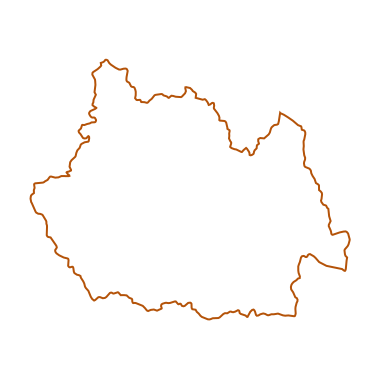 Ha Quang, Cao Bằng, Vietnam (Robinson projection), rotated 184°
{"feature_id": "81297802B58374178577075", "entity_name": "Ha Quang", "entity_type": "district", "adm_level": 2, "iso_a3": "VNM", "parent_name": "Vietnam", "parent_adm1": "Cao Bằng", "projection": "robinson", "projection_center": [106.12, 22.894], "detail": "fine", "context": "isolated", "style": "outline", "palette": "amber", "viewbox_px": 384, "rotation_deg": 184, "n_neighbors": 0, "source": "geoboundaries", "source_scale": "gbopen_adm2", "svg_char_len": 5926}
<svg xmlns="http://www.w3.org/2000/svg" viewBox="0 0 384 384"><g transform="rotate(184 192 192)"><path d="M351.7,170.7L351.0,169.7L346.7,161.5L346.0,160.6L343.9,159.6L342.0,159.6L340.2,159.1L339.4,158.6L335.6,153.2L335.2,152.2L335.0,150.1L334.4,148.7L334.2,147.1L333.9,138.8L333.2,137.6L332.3,137.1L329.9,136.8L323.6,128.9L323.0,127.4L323.4,126.2L324.3,124.9L324.4,123.8L324.1,122.8L323.0,121.4L320.1,119.6L315.4,117.7L311.4,117.0L310.8,116.6L310.4,115.4L310.4,109.7L309.6,108.7L308.6,108.3L306.3,109.1L305.7,109.0L305.1,108.0L304.3,104.2L303.6,102.9L301.1,101.5L298.8,101.1L297.4,100.4L296.9,98.8L294.2,95.2L293.1,93.2L292.1,90.1L291.1,88.7L288.5,86.2L285.7,80.5L284.1,78.3L282.1,76.9L281.0,77.5L278.2,80.4L277.4,80.7L276.4,80.7L273.5,79.8L271.4,80.3L270.1,81.3L266.9,85.5L266.1,85.9L265.2,86.0L263.5,85.2L262.8,85.3L259.0,86.8L258.4,86.6L255.9,84.1L252.7,84.4L250.0,84.3L247.3,82.1L244.7,81.3L244.2,80.7L243.9,78.5L243.3,77.3L242.5,77.1L241.3,77.4L240.0,77.2L233.2,75.0L230.8,72.9L228.8,70.7L227.5,70.2L224.9,71.5L221.9,72.1L218.6,71.2L214.3,73.5L214.1,74.0L214.9,76.0L214.8,77.1L214.5,77.8L213.6,78.5L211.3,79.4L210.2,79.7L207.9,79.5L206.1,79.8L201.6,81.6L200.6,81.7L198.0,79.2L197.4,79.1L196.1,79.8L195.3,79.5L194.2,77.8L192.7,77.4L191.4,77.8L188.1,81.1L186.1,81.5L185.2,81.1L184.7,80.4L184.3,76.4L183.5,75.1L180.2,74.8L178.9,72.8L176.8,71.2L175.0,69.2L173.5,68.1L167.3,66.1L165.7,66.1L164.5,66.5L162.5,67.5L157.0,68.1L155.7,68.8L152.2,72.5L150.7,73.4L148.3,73.5L145.8,75.3L144.7,75.4L143.6,75.0L142.3,75.0L140.5,75.7L137.9,77.3L137.1,77.1L136.6,76.7L136.0,74.6L134.9,73.8L129.9,72.5L128.5,71.3L127.9,71.3L125.5,76.6L123.7,78.6L122.4,79.0L121.6,78.4L120.8,77.1L119.6,73.9L118.7,73.1L117.1,73.5L115.3,74.8L112.5,75.8L110.6,75.5L108.1,74.4L107.0,74.4L104.2,75.6L102.0,75.7L97.7,76.7L92.7,75.3L90.4,75.1L87.3,75.6L81.4,75.2L80.8,75.4L80.3,76.7L80.1,78.1L80.7,82.5L80.7,84.5L79.9,88.7L79.2,90.4L79.2,91.9L80.0,93.4L81.6,94.2L84.1,99.0L86.3,101.8L86.7,104.1L86.4,106.1L85.7,107.6L84.4,109.3L81.7,111.3L80.3,113.0L78.5,113.7L78.5,115.4L80.0,118.7L80.5,121.0L80.8,125.2L80.3,127.3L79.5,129.7L78.7,134.2L77.9,135.5L76.5,136.0L75.6,135.9L74.2,135.1L73.3,135.1L72.5,135.7L72.1,137.0L71.2,137.9L70.0,138.3L66.1,136.4L64.2,134.9L60.3,131.0L52.7,127.7L36.9,125.6L35.0,124.3L34.2,124.0L33.9,124.0L33.5,124.6L33.2,126.0L33.0,134.2L32.7,137.5L34.5,139.1L35.1,140.7L35.8,144.3L35.6,145.3L33.0,148.8L32.2,150.6L31.4,154.7L31.4,155.8L33.4,161.5L34.9,163.0L36.0,163.4L38.0,163.1L41.8,162.0L48.7,159.1L49.4,159.3L50.1,160.1L50.5,162.0L51.0,163.3L53.2,167.5L53.2,168.9L51.7,172.7L53.5,177.4L54.8,184.7L56.1,185.7L57.2,187.7L57.9,188.0L60.1,188.5L62.2,191.0L62.7,192.4L62.3,194.2L62.1,198.7L62.4,200.1L63.6,201.5L65.4,202.8L65.8,207.5L66.7,208.4L69.0,209.6L70.6,213.5L72.8,216.4L74.3,219.0L74.9,221.5L75.6,222.6L76.6,223.5L80.8,224.9L81.7,225.9L82.3,228.4L82.2,229.9L81.5,232.2L81.5,234.0L82.6,236.5L83.8,242.3L83.7,245.6L84.2,249.7L84.2,250.7L83.7,252.2L83.0,257.6L83.2,259.4L83.8,260.6L84.4,261.2L86.8,261.8L87.4,264.4L87.7,265.1L90.9,266.1L96.4,270.2L101.5,273.2L105.8,275.5L109.3,276.8L109.6,277.1L110.3,268.8L110.8,265.9L111.9,265.1L114.6,264.5L116.3,262.9L117.2,261.9L117.8,260.2L118.5,256.8L119.5,254.8L123.8,250.5L127.7,250.6L129.3,249.6L129.6,249.2L129.5,247.3L128.6,245.0L128.8,244.5L130.2,243.5L130.5,242.9L130.6,240.0L132.4,238.0L133.0,236.3L133.0,235.4L133.4,234.2L134.9,233.1L136.0,232.7L136.6,232.8L137.1,233.0L137.5,235.2L138.2,236.4L140.2,239.0L141.1,239.7L143.4,237.5L145.0,235.4L145.6,235.4L150.8,237.5L152.7,237.7L155.7,238.6L157.1,239.7L156.3,243.1L156.4,244.2L157.5,245.6L158.8,248.0L158.7,250.5L159.0,253.0L158.7,255.5L158.9,256.2L161.1,257.5L161.2,258.6L162.7,263.5L163.6,264.7L164.7,265.1L169.2,265.2L169.8,265.7L169.8,268.0L170.4,269.8L172.1,272.4L175.9,276.7L176.1,277.5L175.9,279.6L176.4,282.0L177.4,282.4L178.2,282.2L180.3,280.4L181.4,280.0L182.5,282.3L184.3,284.5L185.7,285.5L187.8,284.8L194.9,286.2L194.7,290.1L195.6,291.3L198.3,292.8L199.2,294.0L201.2,295.6L205.1,296.2L205.9,296.0L205.9,294.9L205.1,292.2L205.8,290.0L208.7,286.5L209.6,285.9L214.9,285.9L217.5,286.5L219.3,286.6L221.7,284.3L222.2,284.4L223.8,285.6L227.2,286.4L228.3,287.4L229.4,287.6L235.0,286.4L236.1,285.9L238.7,282.1L240.8,280.2L242.2,278.3L243.1,277.8L245.9,278.3L248.9,278.2L249.9,280.0L250.4,280.3L252.9,279.9L253.8,280.0L254.5,280.7L255.3,281.6L254.9,284.6L255.1,288.0L255.7,290.0L256.6,291.9L257.5,292.6L259.2,292.7L260.2,293.2L262.2,296.6L264.5,297.7L265.1,298.6L265.3,299.8L265.3,302.0L264.6,308.3L265.3,309.6L265.9,310.3L267.1,310.5L268.9,310.2L272.0,309.1L273.4,309.1L277.0,310.6L281.8,313.4L283.5,314.8L285.4,317.5L286.4,317.9L287.3,317.9L288.0,317.4L288.5,316.3L290.0,315.2L292.0,314.4L291.4,311.8L292.1,310.7L294.7,308.0L299.0,304.7L299.6,303.8L299.6,302.1L296.6,297.4L296.3,295.8L295.8,292.1L296.2,284.8L294.7,282.3L296.6,277.2L296.7,274.4L297.3,273.0L297.3,271.7L295.6,270.4L293.3,269.3L293.3,269.1L294.5,268.1L298.4,266.0L299.4,265.2L300.1,263.8L300.1,262.9L299.5,261.8L298.4,260.3L297.4,259.5L296.2,259.3L295.0,259.5L294.1,259.2L292.9,257.5L292.7,256.6L293.0,255.7L293.3,255.1L293.9,254.8L297.1,254.4L298.8,253.3L301.4,252.5L304.0,251.3L306.0,251.3L306.4,251.0L307.2,247.6L309.0,245.7L309.4,244.9L308.9,243.5L307.2,241.9L304.6,238.4L303.3,237.9L301.7,238.1L300.9,238.5L299.8,240.1L299.2,240.5L298.9,240.3L298.5,239.8L298.3,238.3L298.6,235.6L299.0,235.0L302.6,234.1L305.5,232.3L306.3,231.4L307.1,228.3L309.3,225.5L310.1,223.0L310.6,219.7L311.0,218.9L314.4,215.3L315.6,213.2L315.9,208.6L314.2,205.6L314.2,205.0L316.5,203.7L317.7,203.4L318.4,203.0L318.5,202.7L317.0,201.0L315.6,200.1L315.4,199.5L316.2,199.2L323.4,198.8L326.2,197.3L329.4,196.8L333.7,197.6L334.6,197.4L335.3,196.6L336.9,194.0L339.4,192.4L340.2,191.6L341.3,191.0L349.0,189.7L349.6,189.3L350.0,188.8L350.0,188.3L349.3,185.1L349.9,182.8L349.6,179.9L351.6,178.2L352.3,177.2L352.5,176.1L352.6,174.0L351.7,170.7Z" fill="none" stroke="#b45309" stroke-width="2"/></g></svg>